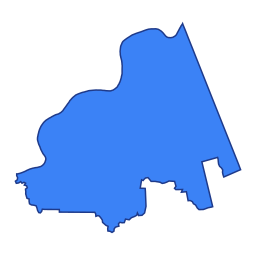 Libertador General San Martín, Misiones, Argentina
{"feature_id": "61730980B51540012847440", "entity_name": "Libertador General San Martín", "entity_type": "district", "adm_level": 2, "iso_a3": "ARG", "parent_name": "Argentina", "parent_adm1": "Misiones", "projection": "orthographic", "projection_center": [-54.98, -26.87], "detail": "fine", "context": "isolated", "style": "filled", "palette": "blue", "viewbox_px": 256, "rotation_deg": 0, "n_neighbors": 0, "source": "geoboundaries", "source_scale": "gbopen_adm2", "svg_char_len": 4222}
<svg xmlns="http://www.w3.org/2000/svg" viewBox="0 0 256 256"><path d="M182.6,23.6L182.3,24.2L181.1,25.8L180.6,27.0L180.2,27.4L179.7,28.5L179.4,28.9L179.2,29.4L178.7,30.3L178.6,30.5L177.2,33.1L176.4,34.7L176.0,35.1L175.3,35.8L174.6,36.3L173.7,36.8L172.9,37.3L171.8,37.5L171.3,37.6L170.7,37.7L169.2,37.6L168.5,37.6L167.9,37.4L167.2,37.2L166.4,36.6L165.6,36.0L165.1,35.4L164.9,35.1L162.8,32.6L161.2,31.1L158.5,29.4L157.4,29.1L155.8,28.8L153.4,28.9L151.1,28.9L148.5,29.2L146.7,29.7L145.2,30.2L142.3,31.3L141.0,31.8L138.5,32.6L136.1,33.4L133.4,34.5L132.3,34.9L131.5,35.4L129.3,36.8L127.1,38.2L124.9,39.8L123.0,41.4L122.2,42.6L121.7,43.9L121.2,45.0L120.7,46.2L120.5,47.6L120.3,49.3L120.1,51.5L120.3,53.9L120.3,54.9L120.6,56.2L120.7,56.8L120.9,57.7L121.4,59.6L121.7,60.8L122.0,63.3L122.0,64.2L122.1,64.8L122.2,65.8L122.1,69.0L122.1,73.8L121.5,76.3L121.4,76.6L121.3,77.6L121.0,78.6L120.7,79.5L120.5,80.3L120.3,80.9L120.0,81.7L119.7,82.4L119.4,82.9L119.2,83.5L118.8,84.3L118.2,85.1L117.7,86.1L117.2,87.0L114.9,88.9L113.1,90.1L112.0,90.4L111.2,90.7L110.4,90.9L109.1,90.9L106.0,90.7L104.8,90.5L103.8,90.4L103.0,90.4L102.8,90.4L101.7,90.2L100.8,90.1L99.7,90.1L98.4,90.1L97.4,90.1L96.2,90.0L95.0,90.1L93.7,90.2L92.5,90.3L91.6,90.4L90.3,90.5L89.3,90.6L88.2,90.8L87.2,91.2L86.2,91.4L85.2,91.7L84.7,91.9L82.4,92.4L80.9,92.9L80.7,93.0L78.0,94.0L75.6,95.1L74.4,96.2L74.1,96.4L73.0,97.3L72.3,98.0L71.5,98.8L70.8,99.7L69.8,100.7L69.3,101.7L68.4,103.0L67.8,103.7L67.3,104.4L67.2,104.5L67.0,104.9L65.1,107.5L64.5,108.3L63.6,109.5L62.8,110.8L62.5,111.0L60.9,112.5L59.8,113.1L58.6,113.9L55.8,114.7L54.3,115.4L52.8,116.2L52.2,116.5L51.5,116.9L50.6,117.5L49.3,118.1L48.7,118.5L47.3,119.4L45.9,120.3L44.1,122.0L43.4,122.8L41.9,124.9L41.1,126.1L40.6,127.1L40.1,128.2L39.6,129.3L39.4,129.9L38.8,131.8L38.5,133.2L38.1,134.6L37.9,135.9L37.6,137.1L37.5,138.2L37.5,139.8L37.8,141.1L37.9,141.3L38.5,143.5L38.8,144.4L39.4,145.7L40.0,147.0L40.4,148.3L40.8,149.3L41.0,149.8L41.9,151.5L42.5,152.7L43.1,153.8L43.9,154.8L44.7,155.9L45.4,157.0L45.6,157.8L45.8,158.2L45.8,159.4L45.7,160.0L45.4,160.8L45.0,162.1L44.2,163.6L42.7,165.2L41.2,166.3L40.1,166.7L38.5,167.1L37.2,167.5L35.7,167.6L33.9,168.0L32.8,168.2L31.1,168.7L29.5,169.2L28.5,169.7L27.0,170.3L25.4,171.2L24.0,171.8L22.0,172.6L19.7,173.4L19.1,173.5L17.6,173.9L16.7,173.9L16.7,175.3L16.7,175.7L17.6,177.6L17.5,178.5L17.3,179.8L16.3,180.5L15.4,181.2L16.3,183.3L17.7,183.1L18.7,182.9L20.7,181.6L22.0,183.2L24.0,182.3L25.6,183.2L24.3,185.1L26.6,185.8L27.3,187.7L26.5,188.4L25.5,189.1L25.6,190.1L25.7,190.9L25.8,191.5L25.7,193.9L26.0,195.0L26.2,195.6L26.3,196.1L27.0,198.3L29.1,199.0L29.1,201.4L29.5,203.8L31.4,204.9L33.8,205.2L36.1,205.8L37.0,208.1L37.6,210.5L38.8,212.6L40.3,212.9L41.6,211.5L42.3,209.2L44.6,209.4L59.1,209.5L59.3,209.5L59.4,212.1L94.8,212.3L95.7,213.9L95.9,216.3L97.9,215.6L99.4,216.1L100.9,218.0L102.3,220.0L102.5,221.6L102.6,222.4L104.2,223.8L105.9,225.3L106.3,225.5L108.1,226.3L108.0,227.0L107.8,227.9L107.7,228.6L107.9,231.0L109.4,231.2L110.1,231.3L112.0,232.4L113.9,231.2L114.2,228.8L115.4,227.2L117.2,226.6L117.6,226.5L118.9,226.2L118.5,223.7L119.9,222.3L122.2,222.8L124.3,222.6L125.5,219.1L129.2,219.8L131.4,217.7L134.7,216.4L136.8,215.2L137.4,213.0L138.6,215.4L138.7,215.6L139.1,215.5L142.0,215.3L144.6,212.9L146.0,206.3L145.4,191.0L145.3,190.3L145.3,189.7L145.2,188.4L143.3,188.3L142.6,188.3L140.2,188.2L141.6,179.8L143.1,180.5L144.1,179.3L145.5,178.0L148.0,177.6L149.3,179.1L151.1,181.4L152.0,181.4L152.7,181.4L155.2,181.4L157.4,181.8L157.6,181.8L160.0,182.2L162.2,183.4L164.5,183.0L166.8,182.1L169.0,181.0L174.6,181.4L175.5,184.7L176.0,186.3L174.5,188.3L175.7,189.5L175.8,189.6L182.5,189.5L181.4,192.2L186.4,191.7L186.8,193.8L188.1,200.7L189.1,200.6L190.4,200.6L192.4,201.7L193.4,203.7L195.6,205.0L197.3,208.0L199.0,209.6L203.3,209.5L205.6,208.7L207.9,207.8L210.3,207.3L211.4,207.1L212.7,206.7L202.5,164.5L201.9,161.8L217.6,157.4L218.1,159.2L218.3,161.7L218.6,164.1L219.6,166.3L221.4,167.9L222.7,169.9L222.5,172.3L223.0,174.7L223.8,177.0L238.2,170.7L240.6,169.7L239.9,167.9L238.6,164.4L212.5,98.9L194.6,53.8L192.6,48.7L189.5,41.0L189.3,40.4L188.7,39.0L186.6,33.6L185.7,31.3L185.5,30.8L183.2,25.2L182.7,23.9L182.6,23.6Z" fill="#3b82f6" stroke="#1e3a8a" stroke-width="1.5"/></svg>